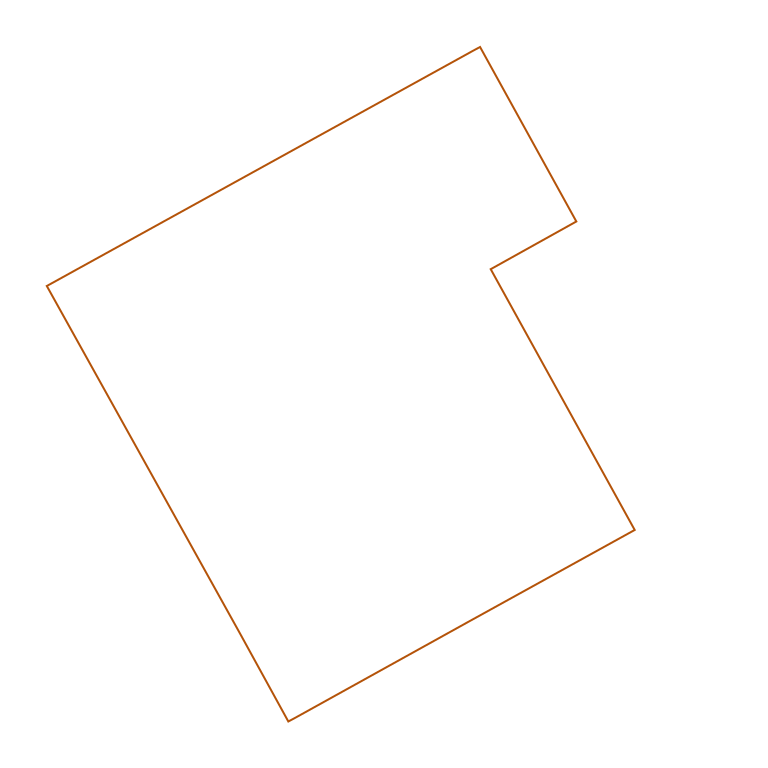 outline of Stafford, Kansas, United States of America, rotated 151°
{"feature_id": "52423323B77202470404370", "entity_name": "Stafford", "entity_type": "district", "adm_level": 2, "iso_a3": "USA", "parent_name": "United States of America", "parent_adm1": "Kansas", "projection": "mercator", "projection_center": [-98.772, 38.043], "detail": "fine", "context": "isolated", "style": "outline", "palette": "amber", "viewbox_px": 768, "rotation_deg": 151, "n_neighbors": 0, "source": "geoboundaries", "source_scale": "gbopen_adm2", "svg_char_len": 298}
<svg xmlns="http://www.w3.org/2000/svg" viewBox="0 0 768 768"><g transform="rotate(151 384 384)"><path d="M145.0,632.3L631.4,633.2L630.9,235.9L631.3,135.2L624.6,135.1L426.0,135.1L235.5,134.8L235.0,432.7L137.0,432.9L136.6,632.2L145.0,632.3Z" fill="none" stroke="#b45309" stroke-width="2"/></g></svg>